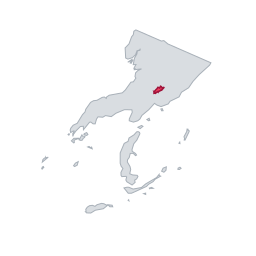 location of Jimi District, Western Highlands, Papua New Guinea, rotated 114°
{"feature_id": "67681753B26573357069197", "entity_name": "Jimi District", "entity_type": "district", "adm_level": 2, "iso_a3": "PNG", "parent_name": "Papua New Guinea", "parent_adm1": "Western Highlands", "projection": "albers", "projection_center": [144.768, -5.523], "detail": "fine", "context": "in_parent", "style": "filled", "palette": "rose", "viewbox_px": 256, "rotation_deg": 114, "n_neighbors": 0, "source": "geoboundaries", "source_scale": "gbopen_adm2", "svg_char_len": 4795}
<svg xmlns="http://www.w3.org/2000/svg" viewBox="0 0 256 256"><g transform="rotate(114 128 128)"><path d="M35.2,160.7L35.0,132.9L33.6,130.8L35.0,125.8L34.7,78.8L37.3,79.0L50.3,84.7L59.0,87.6L66.6,89.0L73.6,93.7L78.8,94.0L86.5,100.5L89.6,101.0L95.0,106.5L95.3,111.0L94.7,113.8L102.9,116.5L110.8,120.4L115.1,120.8L117.5,122.1L120.4,125.4L120.9,129.8L119.2,130.5L111.9,130.5L109.8,131.9L112.7,138.7L119.4,145.0L124.4,147.9L125.8,153.6L128.4,155.4L130.0,159.9L132.6,160.4L137.6,159.7L138.4,161.6L137.7,164.4L138.4,165.5L147.7,168.0L144.6,169.5L146.0,172.1L152.0,174.4L155.8,175.2L158.1,175.0L155.4,176.2L153.0,175.8L152.6,176.2L153.6,177.3L155.5,178.5L153.4,180.0L151.4,180.2L147.7,179.2L144.4,176.3L134.3,175.0L130.8,173.8L128.0,174.2L119.8,172.6L117.1,170.6L115.3,167.6L110.5,164.0L109.3,162.2L109.8,159.9L108.5,160.2L105.7,158.5L98.2,147.5L94.4,145.9L85.0,144.0L83.6,141.9L79.2,141.1L78.2,142.5L74.6,143.5L71.6,142.4L68.5,139.7L72.1,145.8L70.9,145.8L71.5,146.7L70.8,146.9L66.8,146.5L68.0,149.0L61.6,150.5L56.8,150.0L54.5,150.6L53.5,150.5L52.2,148.7L50.5,149.0L52.0,149.1L53.8,151.2L57.9,150.9L61.8,152.5L65.1,156.1L65.0,158.6L56.0,163.2L50.8,161.3L43.3,161.8L40.6,161.1L37.2,162.0L35.2,160.7ZM171.0,99.4L172.9,100.7L174.8,99.4L178.4,101.1L177.6,107.1L176.4,108.8L173.3,109.3L173.0,110.2L174.9,113.8L174.1,115.1L171.4,116.4L167.0,116.2L165.8,118.6L163.4,120.8L153.9,125.0L143.6,125.2L140.2,122.5L136.7,123.0L131.9,119.8L128.0,118.5L127.2,117.3L127.3,115.7L128.4,114.8L135.5,115.0L140.0,116.3L145.9,115.6L147.6,114.7L148.2,110.8L149.2,109.2L150.2,109.9L149.0,112.9L150.3,115.6L154.5,114.9L157.2,115.5L159.3,114.8L162.3,110.6L164.7,108.7L169.1,107.8L169.0,104.7L167.5,100.4L168.2,99.2L171.0,99.4ZM222.4,131.3L221.8,132.7L221.6,132.2L219.4,133.5L216.9,133.0L214.7,131.6L213.1,129.1L213.0,126.3L210.7,125.1L207.6,121.5L207.0,119.2L207.3,115.4L211.8,117.7L216.4,124.4L220.8,127.4L222.4,131.3ZM187.5,101.3L184.4,107.3L182.5,104.8L181.8,103.1L181.7,98.5L176.9,91.5L171.9,89.1L161.7,81.8L157.7,80.7L158.7,80.3L158.7,78.6L163.8,82.4L166.9,83.3L171.0,86.3L173.8,87.3L186.1,98.2L187.5,101.3ZM106.3,70.7L115.9,71.0L116.1,71.8L114.8,71.9L113.2,73.3L107.4,72.9L104.9,73.6L104.7,72.6L105.6,72.3L105.5,71.2L106.3,70.7ZM154.2,163.8L155.9,164.8L157.4,164.7L158.5,165.9L158.7,167.9L158.1,168.3L157.6,167.7L153.0,167.3L153.9,166.2L153.0,163.9L154.2,163.8ZM153.8,79.7L150.4,79.6L147.9,77.2L151.2,76.1L153.8,77.2L153.8,79.7ZM161.0,172.3L163.2,171.1L163.7,171.5L162.8,174.5L159.4,173.2L157.2,168.4L161.0,172.3ZM179.0,159.8L182.7,159.3L184.4,160.7L184.9,161.1L184.6,162.4L181.5,161.8L179.0,159.8ZM187.1,189.0L194.0,192.4L191.4,192.9L189.3,192.0L189.0,191.2L188.1,191.4L188.6,190.9L187.1,189.0ZM123.3,119.3L120.2,116.7L120.4,115.0L123.6,116.6L123.3,119.3ZM151.9,165.6L151.0,165.7L149.0,163.9L150.2,162.0L151.6,162.7L151.9,165.6ZM206.3,115.2L205.0,111.1L206.2,109.9L207.3,112.5L206.3,115.2ZM112.6,114.2L110.5,112.7L112.1,111.2L113.0,112.0L112.6,114.2ZM145.5,65.6L144.3,65.9L142.7,64.6L143.2,63.1L145.0,64.1L145.5,65.6ZM98.6,104.2L97.3,105.7L96.4,104.6L97.9,103.0L98.6,104.2ZM161.6,152.2L161.7,157.1L160.7,156.1L161.2,154.1L160.2,153.5L161.6,152.2ZM65.9,153.1L68.0,155.0L63.0,151.9L65.9,153.1ZM67.7,152.6L65.0,151.8L64.4,151.2L67.6,151.4L67.7,152.6ZM200.5,189.7L200.3,190.3L198.5,190.4L197.3,189.4L198.5,189.7L198.3,189.0L200.5,189.7ZM181.5,84.8L181.6,87.0L180.3,85.4L181.5,84.8ZM174.7,83.5L174.2,84.1L172.9,82.5L173.2,82.2L174.7,83.5ZM158.6,179.1L158.4,180.1L157.2,179.6L157.4,179.0L158.6,179.1ZM173.6,81.7L172.7,82.0L172.8,80.4L173.6,81.7ZM121.1,74.2L121.2,75.3L119.8,75.0L121.1,74.2ZM194.2,97.5L194.0,98.5L193.3,98.2L194.2,97.5Z" fill="#d9dde1" stroke="#a8b0b8" stroke-width="1"/><path d="M78.6,117.2L80.3,117.5L81.7,118.1L83.1,118.5L83.3,118.6L83.5,118.8L83.7,119.0L83.8,119.0L83.9,118.9L84.0,118.9L84.3,118.9L84.3,119.0L84.4,118.9L84.5,118.9L84.8,118.8L84.9,118.7L85.0,118.7L85.4,118.5L85.5,118.5L85.7,118.4L85.5,118.2L85.4,118.2L85.4,117.9L85.2,117.8L85.2,117.7L85.3,117.7L85.3,117.4L85.3,117.2L85.2,117.0L84.9,116.9L84.9,117.0L84.7,116.9L84.6,117.0L84.4,117.0L84.3,116.9L84.2,116.9L84.2,116.7L84.0,116.4L83.9,116.4L83.7,116.3L83.6,116.2L83.4,116.2L83.2,115.9L83.2,115.7L82.9,115.6L82.7,115.6L82.4,115.5L82.4,115.4L82.4,115.2L82.5,115.1L82.4,115.1L82.4,114.9L82.2,114.9L82.1,114.7L81.9,114.7L81.7,114.6L81.6,114.4L81.4,114.3L81.4,114.2L81.2,114.1L81.1,113.9L80.9,113.8L80.8,113.7L80.7,113.6L80.4,113.6L80.2,113.5L80.0,113.4L80.0,113.2L79.9,113.2L79.7,112.9L79.7,112.7L79.4,112.7L79.2,112.6L79.3,112.5L79.2,112.4L78.6,112.3L76.9,111.7L76.4,111.7L76.4,111.8L76.5,111.8L76.6,112.0L76.8,112.1L76.9,112.3L77.0,112.3L77.1,112.5L77.3,112.6L77.5,112.6L77.5,112.8L77.5,113.0L77.4,113.0L77.2,113.2L77.2,113.3L77.1,113.5L76.6,114.6L76.6,115.3L78.6,115.3L78.6,117.2Z" fill="#f43f5e" stroke="#9f1239" stroke-width="1.5"/></g></svg>